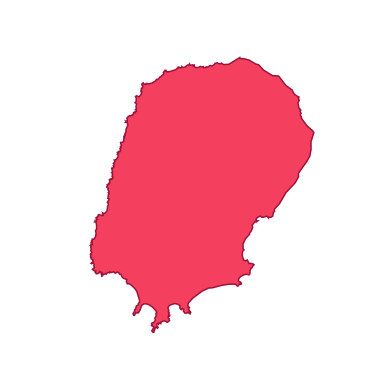 outline of Nossa Senhora Da Luz, Maio, Cabo Verde, rotated 205°
{"feature_id": "66160863B67599039999674", "entity_name": "Nossa Senhora Da Luz", "entity_type": "district", "adm_level": 2, "iso_a3": "CPV", "parent_name": "Cabo Verde", "parent_adm1": "Maio", "projection": "orthographic", "projection_center": [-23.146, 15.227], "detail": "fine", "context": "isolated", "style": "filled", "palette": "rose", "viewbox_px": 384, "rotation_deg": 205, "n_neighbors": 0, "source": "geoboundaries", "source_scale": "gbopen_adm2", "svg_char_len": 5983}
<svg xmlns="http://www.w3.org/2000/svg" viewBox="0 0 384 384"><g transform="rotate(205 192 192)"><path d="M266.8,130.6L268.0,128.2L267.4,128.3L267.4,127.1L266.5,127.1L267.0,126.5L266.2,124.9L266.9,124.3L266.9,124.6L267.3,124.7L266.9,124.2L267.2,123.9L266.2,124.0L264.4,121.5L262.8,118.1L263.1,116.2L261.6,114.2L260.6,111.2L260.8,107.9L262.6,107.1L261.9,105.7L262.4,105.1L261.5,104.4L262.0,103.8L260.8,103.3L260.6,102.7L261.2,102.3L260.4,102.1L261.3,101.7L260.9,101.3L261.5,100.5L260.5,100.1L260.3,98.7L259.4,98.3L258.9,95.9L258.4,95.9L258.8,95.7L258.0,95.7L257.3,94.9L257.8,92.7L256.8,92.6L256.9,90.9L255.8,90.2L256.1,89.9L255.1,88.8L252.8,88.6L253.0,87.8L252.1,87.1L253.4,84.6L252.8,84.5L251.4,85.8L250.8,85.6L249.8,84.6L250.0,83.8L248.5,82.4L249.6,79.8L247.4,79.2L245.8,79.8L245.8,78.3L244.1,77.4L242.8,78.3L242.0,80.7L241.6,80.0L241.1,80.7L240.8,80.3L240.0,80.8L239.7,80.0L239.2,80.3L239.2,79.4L238.7,79.7L238.8,78.6L238.2,77.6L237.7,78.2L238.1,79.7L237.3,79.6L236.2,81.2L235.1,81.1L234.6,83.3L232.5,83.9L232.7,85.0L231.0,85.0L229.2,86.6L227.2,85.9L225.9,87.9L224.2,87.9L223.1,86.9L221.6,87.4L219.9,85.7L217.6,84.8L214.1,85.1L213.5,82.9L212.2,81.7L211.5,81.5L210.2,82.4L207.8,82.0L202.5,80.1L200.1,78.7L193.9,71.9L193.0,70.0L193.5,68.2L192.9,67.0L194.3,65.2L193.6,61.8L194.3,60.7L193.6,60.0L194.1,57.0L192.9,55.6L192.0,55.9L191.8,58.9L190.4,59.3L190.0,60.2L189.5,60.0L189.2,63.2L189.7,68.0L188.2,70.4L185.5,71.5L182.7,71.6L178.4,70.8L174.0,68.8L173.1,67.9L173.4,66.8L172.6,66.4L172.8,65.6L172.1,64.6L172.4,62.2L171.0,60.0L171.3,58.2L173.1,56.0L172.9,55.2L172.0,54.9L172.2,53.8L170.0,53.7L169.4,52.5L169.8,49.2L168.0,48.3L167.3,48.9L167.7,51.3L168.4,51.9L168.3,52.9L167.8,52.8L168.0,53.4L167.5,53.6L168.0,53.6L167.4,54.3L165.7,53.9L165.5,55.0L167.4,56.0L168.0,58.0L167.1,58.7L166.4,58.1L166.3,59.4L165.4,59.6L165.4,60.1L164.7,59.7L165.0,61.2L163.4,63.0L162.3,63.6L159.2,63.5L158.0,66.0L159.2,66.9L159.2,67.5L160.5,67.9L160.8,69.5L159.9,69.9L160.1,71.0L161.3,70.8L161.5,72.6L160.9,72.6L162.8,73.2L162.7,74.5L164.9,76.9L164.8,78.9L164.0,80.4L160.5,83.6L157.4,84.3L154.8,83.9L154.1,81.9L152.8,81.0L152.0,80.8L151.5,82.2L150.0,82.2L149.4,80.3L147.1,79.2L145.4,80.1L144.1,82.3L143.5,82.1L143.3,80.8L142.1,80.8L142.3,82.5L145.4,84.0L145.5,85.5L146.4,85.9L145.9,86.3L147.9,87.3L148.4,89.7L146.3,96.5L141.0,106.3L136.4,111.9L132.6,114.1L125.6,120.0L119.3,124.2L113.6,126.9L111.2,125.9L110.3,126.5L110.2,128.4L109.3,128.7L109.5,129.3L108.6,129.3L108.6,130.1L109.8,130.9L112.2,130.8L112.8,132.3L112.8,134.5L112.0,136.3L109.5,139.4L107.7,140.5L105.2,141.1L104.9,142.3L106.1,145.1L106.2,148.3L105.5,148.9L105.7,150.2L105.0,152.3L106.2,152.6L108.8,152.1L109.7,151.2L113.3,153.8L114.2,152.3L116.2,152.0L119.4,155.3L121.1,159.3L120.4,161.5L121.7,162.1L123.8,166.5L123.8,172.0L122.0,178.0L122.4,179.1L121.8,181.5L122.1,185.6L123.4,187.5L122.5,191.6L121.1,191.9L120.2,193.6L121.6,192.9L122.4,194.4L122.2,196.2L121.2,197.6L119.8,199.1L118.0,198.6L116.6,199.3L113.9,201.8L111.8,200.9L112.1,201.5L110.0,202.2L108.6,204.2L109.6,207.8L109.0,209.2L110.0,211.4L107.8,218.3L106.6,231.2L102.4,243.9L101.9,251.1L103.5,253.8L100.9,268.2L100.4,274.4L102.1,280.9L105.4,287.8L106.6,297.2L108.4,298.4L115.7,300.6L123.8,304.9L124.6,306.3L126.6,307.8L126.4,309.5L128.0,310.7L128.1,312.2L128.8,312.0L129.5,313.1L130.4,313.2L133.7,317.5L133.6,320.6L134.1,320.6L134.8,322.0L134.8,321.4L135.2,322.7L135.5,322.4L135.8,322.9L135.5,323.2L139.2,323.5L141.7,324.6L144.4,326.8L151.9,328.2L162.5,333.7L168.3,331.5L178.6,332.7L185.5,335.5L188.3,334.9L196.1,335.7L201.7,334.6L204.9,333.2L205.5,334.1L212.6,323.3L217.4,320.8L219.8,321.2L220.2,320.4L221.9,319.6L223.7,319.8L225.6,318.2L225.5,317.2L227.0,314.7L229.0,314.3L230.5,312.0L231.8,311.5L231.6,311.2L232.7,310.1L234.0,309.8L234.7,310.4L236.3,309.1L237.3,309.4L239.1,307.4L241.1,306.5L243.0,306.5L243.5,307.8L243.9,307.0L244.7,306.9L245.0,307.6L247.0,306.2L248.1,306.3L248.0,306.7L248.4,307.0L248.3,306.0L249.5,305.4L251.5,301.8L253.0,301.0L254.2,301.4L254.0,300.7L254.8,299.7L257.2,299.5L256.8,298.6L257.6,298.2L258.4,296.0L263.6,291.3L265.7,290.3L266.8,290.4L266.9,291.2L268.0,290.9L268.5,288.1L267.7,287.7L267.7,286.2L268.7,284.7L268.9,283.2L269.7,282.7L270.1,280.5L271.2,279.0L271.8,279.0L272.0,277.3L274.4,273.7L277.4,271.4L278.7,271.5L278.7,270.6L279.8,269.6L280.2,270.2L281.0,269.4L282.0,269.6L282.3,270.2L283.0,269.5L282.8,267.9L281.7,267.5L280.8,265.6L281.8,264.6L281.2,263.5L281.8,263.1L281.1,263.2L281.1,262.4L280.1,261.9L280.6,261.3L279.7,260.9L279.4,258.8L280.2,255.8L282.9,255.8L283.6,254.7L282.3,253.7L280.9,250.5L281.4,248.9L279.5,248.4L278.8,245.5L277.6,244.1L278.0,242.7L277.3,242.9L276.4,241.6L277.3,240.8L277.3,239.7L278.0,239.9L278.5,239.2L278.2,236.4L279.0,236.2L280.1,234.9L280.7,234.9L281.5,233.6L281.5,234.0L282.2,231.4L281.7,231.4L280.8,229.1L281.6,228.6L280.9,228.1L281.7,228.1L281.0,227.6L281.3,227.2L280.1,227.6L278.4,225.6L278.3,221.0L277.1,217.9L277.5,216.9L277.0,216.1L277.2,215.4L276.5,214.9L277.3,213.7L276.2,213.1L276.7,212.5L275.4,209.2L275.5,208.2L276.5,207.4L277.5,206.8L278.1,207.1L275.6,204.2L276.0,202.5L275.1,202.2L275.6,200.8L274.3,199.6L274.4,198.2L275.3,198.1L275.3,197.3L275.8,197.2L275.2,196.3L276.0,196.0L275.2,195.5L275.5,194.8L275.1,194.9L273.9,192.9L274.5,189.3L276.0,188.1L275.4,187.6L275.9,187.2L275.4,187.4L274.7,186.6L275.4,184.7L273.9,184.0L274.5,182.3L273.2,181.8L274.1,179.7L274.7,179.9L274.8,179.5L272.7,176.9L273.0,175.4L271.9,175.3L271.0,172.4L270.5,172.7L269.6,170.9L269.9,169.8L270.7,170.0L270.8,169.2L271.4,169.3L272.2,168.4L271.0,167.2L270.9,165.8L270.3,165.4L271.1,164.4L270.7,164.3L270.6,163.5L271.9,162.7L271.2,161.8L271.5,160.4L269.2,159.6L269.2,158.6L267.5,157.4L267.0,156.2L267.5,155.9L266.3,155.0L266.6,154.2L265.6,150.7L264.4,150.7L264.0,150.2L264.4,146.9L263.5,146.7L262.4,145.1L262.4,143.2L261.1,139.3L261.6,136.5L262.9,135.2L263.8,135.3L263.3,134.9L263.7,134.4L262.8,134.4L262.6,133.6L263.4,132.6L266.8,132.2L267.4,131.4L266.8,130.6Z" fill="#f43f5e" stroke="#9f1239" stroke-width="1.5"/></g></svg>